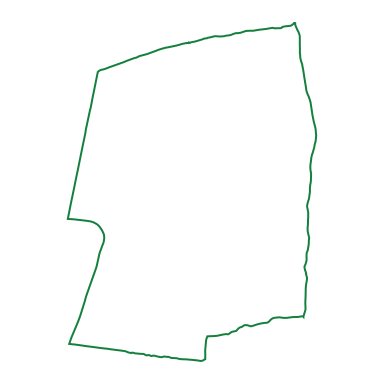 Chatuchak, Bangkok Metropolis, Thailand
{"feature_id": "78962969B62274513828859", "entity_name": "Chatuchak", "entity_type": "district", "adm_level": 2, "iso_a3": "THA", "parent_name": "Thailand", "parent_adm1": "Bangkok Metropolis", "projection": "robinson", "projection_center": [100.572, 13.827], "detail": "fine", "context": "isolated", "style": "outline", "palette": "green", "viewbox_px": 384, "rotation_deg": 0, "n_neighbors": 0, "source": "geoboundaries", "source_scale": "gbopen_adm2", "svg_char_len": 5738}
<svg xmlns="http://www.w3.org/2000/svg" viewBox="0 0 384 384"><path d="M295.2,23.1L294.2,23.0L293.9,23.1L293.8,23.3L293.8,23.6L291.4,25.4L291.2,25.5L290.8,25.7L290.3,25.8L289.2,25.9L288.5,26.0L285.5,26.3L284.3,26.5L283.1,26.8L282.7,26.8L282.2,27.1L281.8,27.6L281.6,27.8L280.9,28.1L280.4,28.2L280.0,28.2L278.1,28.2L275.0,28.3L274.5,28.3L274.0,28.1L272.7,27.9L272.2,27.9L270.9,28.1L266.4,28.9L262.3,29.4L259.3,29.7L257.1,30.1L252.9,30.8L251.4,30.7L246.4,30.9L245.8,31.0L240.4,32.8L237.7,33.2L236.2,33.1L233.6,33.8L231.0,34.9L230.0,35.2L226.0,35.7L225.0,35.9L224.5,36.1L222.7,36.3L222.1,36.4L219.6,36.5L215.8,36.2L215.2,36.2L214.5,36.3L213.4,36.5L210.5,37.3L210.2,37.4L208.0,37.7L207.6,37.9L207.3,38.1L207.0,38.2L205.2,38.5L204.1,38.6L203.6,38.7L203.1,39.1L202.2,39.4L196.6,41.1L194.3,41.7L192.4,42.0L191.0,42.3L190.8,42.4L190.3,42.7L190.1,42.8L189.9,42.8L189.6,42.8L189.3,42.8L189.2,42.8L189.0,42.6L188.8,43.1L186.9,43.0L186.5,43.1L186.0,43.1L185.1,43.3L182.7,43.8L181.1,44.2L180.4,44.5L179.7,44.7L179.0,44.9L177.0,45.4L176.5,45.5L175.7,45.7L173.0,46.3L172.4,46.4L169.2,47.1L165.8,47.7L163.4,48.3L162.1,48.7L159.4,49.5L157.1,50.4L156.5,50.6L147.3,54.0L145.1,54.6L139.4,56.1L136.6,57.5L136.1,57.7L135.6,57.8L134.4,58.1L132.6,58.7L126.9,60.8L122.8,62.5L121.2,63.0L119.7,63.6L118.2,64.1L116.2,64.8L112.9,66.0L109.2,67.3L105.6,68.7L103.7,69.3L100.7,70.0L99.1,70.8L97.8,72.0L94.8,86.8L94.4,88.9L94.0,90.8L92.5,98.1L90.9,106.7L90.3,109.3L90.1,109.7L85.8,129.8L85.4,132.9L82.3,147.8L77.4,172.0L76.3,177.1L73.8,189.5L70.8,203.8L68.6,215.1L67.8,218.9L73.6,219.3L78.2,219.8L86.7,220.8L89.2,221.2L90.0,221.3L92.7,222.0L94.2,222.7L96.8,224.1L97.4,224.6L98.7,225.7L99.9,227.2L100.9,228.6L102.1,230.5L103.4,233.2L103.9,234.5L104.0,235.5L104.2,236.7L104.2,237.5L104.2,238.4L104.1,239.6L103.9,240.6L103.5,242.7L102.3,245.6L100.7,250.1L99.8,252.5L99.2,254.7L97.9,260.7L96.7,266.0L96.6,266.5L95.6,269.5L94.0,274.0L92.5,278.2L92.0,279.6L86.9,294.1L86.0,296.7L84.9,300.9L83.2,306.3L82.4,308.9L80.1,316.2L78.2,321.3L75.8,327.1L74.2,330.9L72.7,334.5L72.2,335.6L70.9,338.9L70.4,340.4L69.6,342.8L69.2,343.9L73.4,344.4L74.8,344.5L81.3,345.4L86.0,346.1L90.8,346.7L93.8,347.1L101.3,348.1L107.8,348.8L110.2,349.2L123.5,350.9L125.5,351.3L126.0,351.4L127.4,352.1L128.1,352.3L129.0,352.6L129.7,352.7L130.2,352.8L130.8,353.0L131.1,353.1L131.8,352.8L132.3,352.6L132.6,352.6L133.0,352.7L134.5,353.2L135.5,353.4L138.1,353.6L140.0,353.8L141.3,353.9L142.3,353.9L143.1,353.9L144.0,354.1L145.8,355.1L146.2,355.2L146.3,355.3L146.6,355.3L146.8,355.3L147.0,355.3L147.4,355.2L147.7,355.1L148.7,355.1L149.1,355.1L151.2,356.0L151.4,356.0L151.7,356.0L153.0,355.7L153.8,355.6L154.4,355.7L156.3,356.2L159.8,357.0L160.5,357.1L161.5,357.1L162.1,357.1L162.3,357.0L164.1,356.5L164.5,356.5L166.8,356.9L167.2,356.9L168.2,356.8L168.4,356.8L168.6,356.9L169.0,357.0L171.2,357.9L171.7,358.0L172.1,358.0L176.3,358.2L176.5,358.2L177.6,358.5L179.3,358.9L180.5,359.1L181.4,359.2L184.4,359.3L187.0,359.4L191.3,359.8L195.4,360.2L198.2,360.5L200.5,361.0L201.1,360.9L202.8,360.6L204.7,359.4L205.2,359.2L205.3,354.9L205.2,352.0L205.2,350.2L205.5,347.0L206.1,340.3L206.3,339.4L207.1,337.1L207.2,336.9L207.4,336.8L207.4,336.4L207.5,336.4L209.8,336.2L213.4,336.1L217.1,335.8L218.6,335.5L219.8,335.2L223.2,334.5L225.8,334.1L226.2,334.1L228.0,334.3L228.4,334.2L229.2,333.7L230.7,332.6L231.4,332.1L231.9,331.9L232.3,331.7L233.6,331.5L235.8,331.0L236.2,330.9L236.3,330.8L236.5,330.6L238.2,328.7L238.9,328.1L239.1,328.0L239.7,327.6L240.3,327.3L241.6,327.0L244.1,325.4L244.4,325.3L244.7,325.2L245.3,325.1L246.7,325.2L247.3,325.2L248.3,325.5L249.7,326.0L250.6,326.3L250.9,326.3L252.6,325.9L253.0,325.8L257.2,324.4L260.8,323.5L264.5,322.9L266.6,322.8L268.1,322.3L268.2,322.2L269.3,321.3L270.4,320.0L271.6,319.0L272.1,318.7L272.4,318.5L273.4,318.1L273.9,317.9L278.2,317.4L279.3,317.3L280.1,317.4L282.1,317.7L283.4,317.9L284.9,317.9L287.3,317.8L290.9,317.3L292.6,317.1L296.9,317.0L298.3,316.9L298.5,316.9L302.0,316.3L302.4,316.3L302.9,316.4L303.4,316.9L303.4,316.7L303.5,316.3L305.4,310.0L305.5,309.4L305.5,308.4L305.4,304.8L305.3,302.8L305.6,296.1L305.7,289.3L305.8,287.2L306.2,283.8L306.8,280.7L307.0,278.7L307.0,277.8L307.0,277.5L306.8,277.0L306.0,274.0L306.2,273.9L306.2,273.6L305.5,271.1L305.2,270.7L304.5,267.7L304.5,267.0L304.5,266.6L304.7,266.0L305.6,264.0L306.3,261.4L306.5,260.5L306.6,260.1L306.6,259.0L306.6,258.4L306.5,256.4L306.6,253.6L306.7,253.2L306.8,252.8L306.9,252.4L307.8,249.9L307.9,249.4L308.6,245.1L308.7,244.3L308.8,243.3L308.8,242.4L308.8,240.9L309.2,237.8L308.5,235.0L307.8,231.8L307.6,229.8L307.6,227.6L307.9,225.2L307.9,224.8L308.0,220.3L308.0,219.9L308.0,219.1L308.3,217.6L308.2,217.3L308.2,215.4L308.2,214.1L308.2,212.1L308.0,211.4L307.1,206.5L307.1,206.3L307.1,206.1L307.1,205.6L307.6,203.3L308.4,200.4L308.9,199.1L309.0,198.6L310.0,191.3L309.9,190.6L309.9,190.0L309.9,188.5L310.1,186.3L310.3,184.4L310.6,183.1L310.8,181.7L310.9,180.4L311.0,177.5L311.1,173.9L311.1,173.5L311.0,172.9L310.9,172.4L310.7,171.3L310.6,170.8L310.5,170.0L310.3,167.9L310.4,166.1L310.4,164.5L310.7,163.0L311.1,159.6L311.4,157.3L311.6,156.4L311.9,155.1L312.2,154.2L312.7,152.8L314.3,147.2L314.7,144.5L315.4,142.1L315.6,141.3L315.7,140.5L315.9,138.5L316.1,136.4L316.2,135.7L316.0,133.9L315.8,131.6L315.7,130.0L315.5,128.5L314.9,125.8L314.1,123.0L313.5,120.3L313.1,118.3L312.8,116.7L312.4,115.0L312.2,113.3L311.4,108.0L310.6,102.8L310.5,102.1L309.9,100.1L308.8,96.8L307.6,94.2L306.8,91.9L306.6,91.3L306.2,89.6L306.1,88.2L305.1,82.2L304.4,77.8L303.3,70.6L302.1,64.1L301.3,61.8L300.8,60.1L300.3,57.9L300.1,54.1L300.0,53.8L299.9,53.7L299.9,48.6L299.8,44.0L299.8,38.4L299.8,36.4L299.7,35.8L299.2,33.9L298.6,32.2L297.3,29.8L295.8,26.3L295.2,24.7L295.2,23.5L295.2,23.1Z" fill="none" stroke="#15803d" stroke-width="2"/></svg>